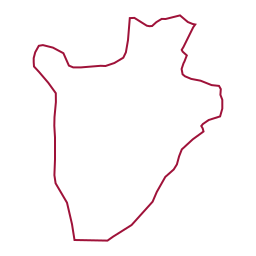 Burundi, Mercator projection
{"feature_id": "BDI", "entity_name": "Burundi", "entity_type": "country or territory", "adm_level": 0, "iso_a3": "BDI", "parent_name": "Africa", "parent_adm1": "", "projection": "mercator", "projection_center": [29.996, -3.384], "detail": "fine", "context": "isolated", "style": "outline", "palette": "rose", "viewbox_px": 256, "rotation_deg": 0, "n_neighbors": 0, "source": "natural_earth", "source_scale": "50m", "svg_char_len": 989}
<svg xmlns="http://www.w3.org/2000/svg" viewBox="0 0 256 256"><path d="M195.2,24.5L193.2,27.3L183.5,46.9L181.7,49.9L182.7,51.7L186.8,55.4L184.4,61.6L183.5,63.3L181.6,69.0L182.6,74.3L185.0,76.3L191.2,78.9L200.6,80.7L211.6,85.1L219.0,85.9L220.8,89.1L220.4,94.8L222.3,99.8L222.3,108.6L220.1,116.4L208.7,120.0L202.9,124.0L201.3,126.0L202.7,128.4L203.5,131.5L192.8,139.3L181.8,149.4L179.1,156.3L176.9,164.4L173.7,169.5L165.3,176.9L156.8,191.9L152.6,201.7L131.6,225.0L113.0,236.7L107.5,240.6L74.5,240.0L72.0,224.2L67.0,202.7L55.6,183.3L54.4,175.2L55.0,159.5L55.0,137.5L54.3,125.7L54.5,117.1L55.9,102.1L55.8,93.2L48.3,82.8L39.0,71.9L34.0,66.5L33.7,62.1L33.7,58.1L35.2,52.3L38.8,45.8L42.9,45.1L52.9,47.6L63.4,53.2L68.9,65.6L73.2,67.4L80.9,67.4L100.6,65.8L105.5,66.0L114.4,63.0L123.3,57.7L125.9,52.3L128.0,40.1L129.8,18.1L134.4,17.9L146.8,25.7L149.5,26.2L152.1,26.0L156.4,22.1L161.7,18.9L165.6,19.0L180.0,15.4L187.8,22.0L192.7,24.0L195.2,24.5Z" fill="none" stroke="#9f1239" stroke-width="2"/></svg>